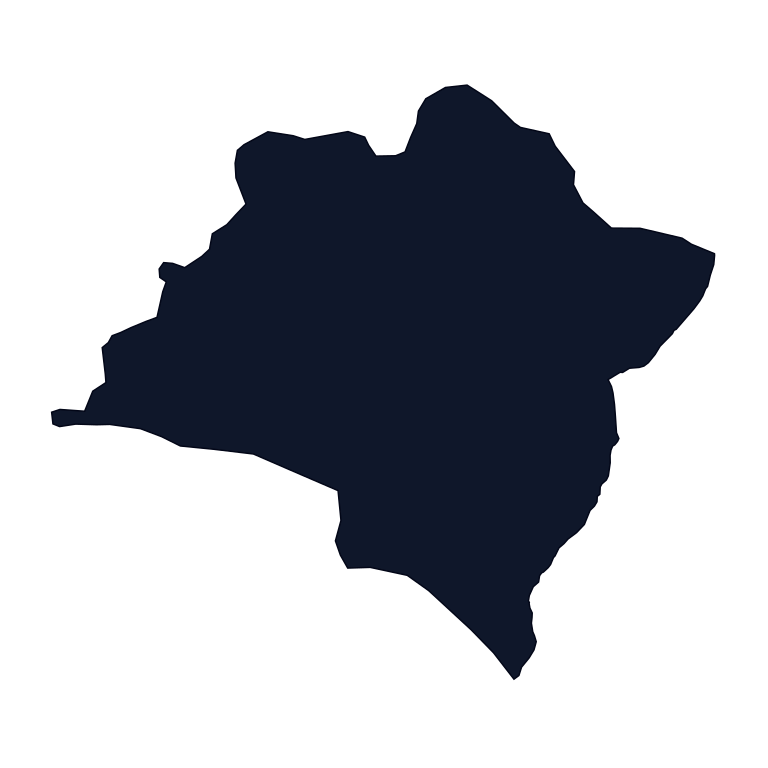 outline of Faro-et-Deo, Adamaoua, Cameroon, rotated 179°
{"feature_id": "32672807B79440248069412", "entity_name": "Faro-et-Deo", "entity_type": "district", "adm_level": 2, "iso_a3": "CMR", "parent_name": "Cameroon", "parent_adm1": "Adamaoua", "projection": "orthographic", "projection_center": [12.392, 7.524], "detail": "fine", "context": "isolated", "style": "filled", "palette": "ink", "viewbox_px": 768, "rotation_deg": 179, "n_neighbors": 0, "source": "geoboundaries", "source_scale": "gbopen_adm2", "svg_char_len": 2155}
<svg xmlns="http://www.w3.org/2000/svg" viewBox="0 0 768 768"><g transform="rotate(179 384 384)"><path d="M519.8,625.7L522.3,623.6L526.5,620.2L529.0,607.4L528.4,592.6L518.8,566.3L529.0,556.0L538.4,546.0L553.0,537.2L556.1,521.8L563.9,514.8L581.2,503.8L593.2,508.3L602.2,509.2L606.8,502.9L606.3,494.5L599.9,489.9L603.6,480.1L606.5,468.1L609.8,454.6L620.9,450.7L635.9,444.8L646.3,440.1L655.0,437.0L658.9,430.2L665.1,425.3L662.5,398.9L662.0,390.3L675.3,381.9L683.8,362.0L708.5,364.2L716.8,361.6L715.7,349.9L709.1,347.1L692.9,349.3L672.1,348.3L659.0,348.4L628.3,343.6L607.2,335.2L588.7,325.6L555.2,321.7L515.8,316.3L481.5,300.7L479.1,299.6L431.8,278.2L429.4,248.3L435.3,228.0L430.6,213.7L423.5,200.6L401.0,200.9L364.1,192.3L343.0,176.7L339.4,173.3L301.1,136.7L279.2,113.4L259.2,86.6L254.2,90.2L251.4,98.5L246.9,103.8L243.7,107.6L238.7,115.5L237.3,120.2L236.3,123.7L238.0,129.8L239.6,133.7L240.8,142.3L240.1,147.7L239.8,152.5L242.0,157.4L242.7,161.8L242.5,163.1L243.4,164.6L242.4,170.0L238.3,178.7L232.9,183.3L231.8,189.6L229.7,192.4L227.9,193.2L225.3,195.5L223.1,197.5L220.6,200.6L217.6,207.5L216.0,209.1L211.9,217.1L206.8,221.3L202.7,225.8L194.1,232.0L186.1,240.1L184.9,243.0L180.2,254.0L175.7,258.3L173.1,262.5L172.7,267.9L170.1,270.0L169.6,277.3L167.9,280.3L163.4,284.1L161.3,288.2L160.5,293.2L159.2,301.3L159.2,308.6L158.2,313.9L156.5,317.9L154.3,319.2L151.5,322.5L150.1,325.4L152.4,331.2L153.2,347.7L153.9,359.6L155.2,371.1L156.6,377.5L159.9,384.5L147.7,391.6L145.2,391.4L142.0,393.3L138.3,395.5L128.6,396.1L123.8,397.4L119.3,400.7L112.4,408.9L107.3,417.0L97.9,426.2L96.1,428.0L94.8,429.3L93.1,432.6L90.9,433.6L72.9,453.7L66.9,461.5L63.7,466.6L61.9,471.0L60.7,473.7L58.8,475.9L55.9,487.0L52.2,497.7L51.2,506.9L51.3,508.5L74.2,518.4L83.4,524.6L125.2,535.2L153.9,535.9L171.5,552.3L181.9,561.6L191.1,580.0L190.8,582.5L189.8,593.1L208.7,618.8L214.5,631.3L241.2,637.7L243.2,638.2L249.3,642.6L271.4,665.3L295.7,681.4L317.4,679.4L337.2,668.5L344.8,656.3L346.7,643.8L353.1,630.0L358.9,615.7L368.4,612.0L388.1,612.0L395.2,622.9L399.0,631.2L415.6,637.0L458.9,629.9L470.4,633.8L495.7,638.2L519.8,625.7Z" fill="#0f172a" stroke="#020617" stroke-width="1.5"/></g></svg>